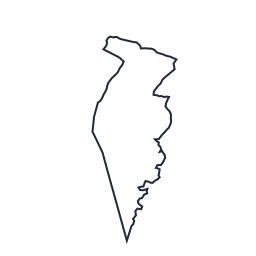 Olinda Nova do Maranhão, Maranhão, Brazil, rotated 43°
{"feature_id": "56859067B66279170252469", "entity_name": "Olinda Nova do Maranhão", "entity_type": "district", "adm_level": 2, "iso_a3": "BRA", "parent_name": "Brazil", "parent_adm1": "Maranhão", "projection": "equal_earth", "projection_center": [-45.0, -2.983], "detail": "fine", "context": "isolated", "style": "outline", "palette": "slate", "viewbox_px": 256, "rotation_deg": 43, "n_neighbors": 0, "source": "geoboundaries", "source_scale": "gbopen_adm2", "svg_char_len": 1695}
<svg xmlns="http://www.w3.org/2000/svg" viewBox="0 0 256 256"><g transform="rotate(43 128 128)"><path d="M193.0,178.5L191.9,175.7L189.7,176.0L187.2,176.2L185.1,174.7L184.7,171.6L186.1,169.7L185.2,165.7L186.6,162.7L184.8,161.6L183.7,159.3L181.6,163.1L179.2,165.1L176.3,164.4L177.5,162.1L179.2,160.3L177.8,157.3L177.0,154.8L179.2,153.5L181.1,152.9L183.3,151.6L183.8,147.6L184.7,145.0L184.7,142.4L182.7,141.9L181.4,139.6L179.3,136.6L177.4,137.2L175.6,138.2L174.8,135.0L177.3,132.7L176.9,128.8L175.4,124.4L173.2,122.7L170.9,122.3L168.8,121.6L167.5,123.8L166.8,121.0L164.5,119.7L161.8,119.6L160.3,117.5L158.4,118.1L155.5,117.9L158.1,115.1L157.5,109.5L157.7,105.7L157.5,103.2L157.7,100.1L156.5,96.4L155.4,94.1L153.8,92.7L151.9,90.9L150.5,89.0L146.9,87.4L143.3,87.2L140.6,86.6L138.8,83.6L137.6,80.2L136.8,77.3L134.8,78.7L133.3,80.7L130.7,81.8L129.0,83.5L126.8,84.4L124.0,86.3L122.0,83.6L121.6,80.1L121.3,77.0L121.5,73.1L120.2,69.1L120.5,65.1L121.1,60.9L122.0,53.2L117.4,49.8L116.6,44.8L112.4,46.3L110.5,46.9L108.4,48.1L106.2,49.3L103.5,50.2L99.9,52.0L97.4,53.1L94.0,52.9L91.2,53.9L88.6,56.1L85.8,58.3L83.2,61.0L80.7,59.5L76.0,59.5L72.9,61.7L68.3,64.3L66.6,65.3L61.9,68.0L60.0,68.6L57.6,69.1L55.0,72.1L52.7,73.2L52.0,75.7L52.6,78.7L54.7,80.0L56.0,82.6L56.4,87.2L72.2,82.7L74.6,82.3L79.5,82.3L80.7,85.5L81.2,89.9L82.6,94.5L82.5,98.5L82.2,102.3L82.5,105.8L82.8,108.4L83.9,111.1L85.7,114.0L86.6,116.9L87.3,119.9L88.6,123.6L89.3,127.4L88.6,129.8L95.6,143.1L99.3,147.9L104.5,154.9L112.6,158.0L126.3,163.4L135.7,169.3L156.7,182.2L173.6,192.5L204.0,211.2L197.4,197.3L197.4,194.7L196.0,191.8L193.6,191.0L193.4,186.5L190.0,183.7L189.9,180.5L193.0,178.5Z" fill="none" stroke="#1e293b" stroke-width="2"/></g></svg>